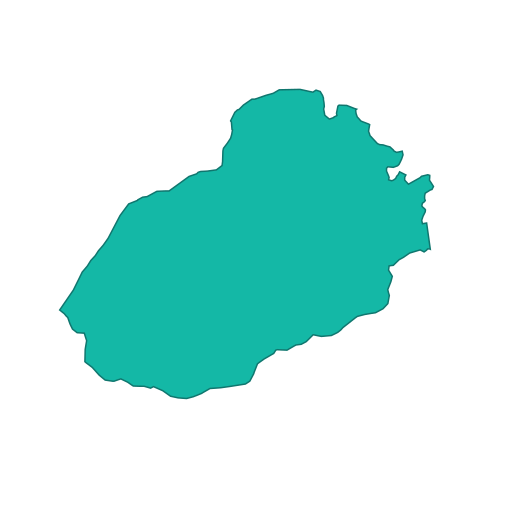 Awlad Saqr, Ash Sharqiyah, Egypt, rotated 205°
{"feature_id": "37247803B9128423140503", "entity_name": "Awlad Saqr", "entity_type": "district", "adm_level": 2, "iso_a3": "EGY", "parent_name": "Egypt", "parent_adm1": "Ash Sharqiyah", "projection": "albers", "projection_center": [31.765, 30.969], "detail": "fine", "context": "isolated", "style": "filled", "palette": "teal", "viewbox_px": 512, "rotation_deg": 205, "n_neighbors": 0, "source": "geoboundaries", "source_scale": "gbopen_adm2", "svg_char_len": 3550}
<svg xmlns="http://www.w3.org/2000/svg" viewBox="0 0 512 512"><g transform="rotate(205 256 256)"><path d="M366.4,87.9L364.7,87.4L363.7,87.2L358.0,86.0L357.2,85.8L347.9,81.8L345.7,81.2L340.3,79.8L333.2,81.9L331.8,82.5L328.4,85.8L326.5,87.5L318.9,87.4L314.4,86.6L312.3,86.3L311.8,86.5L306.6,88.7L302.7,90.5L302.1,90.7L297.7,91.4L295.7,91.7L293.7,94.3L284.4,94.5L283.5,94.5L274.2,92.8L266.7,94.5L258.7,97.5L253.2,102.1L252.6,102.8L251.2,104.2L247.2,108.5L246.4,109.8L241.6,116.6L241.1,116.8L234.1,120.7L232.0,121.9L229.7,123.4L224.6,126.7L224.0,127.1L211.5,135.5L209.6,138.5L208.7,140.0L208.3,148.4L208.3,148.5L208.5,149.2L209.1,158.9L208.4,160.3L205.3,165.8L205.0,166.3L202.6,169.7L200.1,173.3L198.8,175.1L198.7,175.6L198.3,179.0L197.3,180.0L193.4,181.6L192.9,181.8L188.1,183.8L186.1,186.7L183.6,190.3L182.8,191.4L182.1,192.3L177.7,195.1L174.3,199.6L170.9,208.8L165.8,210.0L162.7,210.8L154.1,215.8L151.4,219.1L150.6,220.1L149.6,221.4L147.9,224.8L147.0,227.8L140.0,241.7L138.8,243.8L138.5,244.2L136.7,245.7L132.7,249.0L126.9,253.0L126.4,253.3L123.7,255.1L118.6,261.9L116.4,268.6L118.5,276.6L120.4,278.7L122.4,281.2L122.9,289.7L123.9,295.2L129.9,299.2L131.2,303.3L129.1,304.7L128.4,305.1L127.6,305.6L126.5,308.5L124.7,313.2L123.7,314.5L121.6,317.4L121.3,318.0L119.7,320.7L118.0,323.6L109.8,330.9L106.3,330.8L105.4,330.7L103.9,333.3L103.5,334.9L101.6,335.8L100.9,335.8L115.3,358.0L116.8,357.0L118.8,355.6L120.9,358.4L121.4,362.3L121.3,367.5L121.9,369.4L123.1,370.1L125.7,370.8L126.9,371.5L127.5,374.1L126.2,376.6L126.1,377.9L127.4,379.2L128.6,381.8L129.2,384.4L125.9,389.5L124.6,390.7L124.6,391.6L124.5,394.0L127.6,396.0L130.8,398.0L132.0,401.2L132.6,402.5L134.2,402.3L134.7,402.2L139.7,398.2L140.4,396.3L148.2,385.5L153.3,387.6L154.5,390.2L154.4,392.8L161.4,393.0L161.5,389.7L162.2,387.8L162.2,385.3L163.6,382.7L164.9,381.5L168.0,381.1L168.6,383.5L169.9,384.8L173.6,388.1L174.5,390.1L174.8,390.7L174.2,392.6L169.0,394.4L167.7,395.7L165.8,397.6L165.1,399.5L165.0,402.7L165.0,405.3L165.5,409.8L167.8,412.8L170.6,410.6L172.5,409.3L173.8,409.4L175.1,409.4L176.3,410.1L180.7,411.5L183.9,410.9L187.8,410.4L191.0,409.2L193.5,409.2L203.6,413.3L204.8,414.7L205.3,415.2L206.7,416.6L207.3,418.6L208.5,423.1L209.7,423.2L216.7,422.7L218.0,422.7L221.2,424.1L223.0,424.8L225.5,427.4L226.8,429.4L227.4,430.7L226.9,431.6L229.1,431.3L237.4,430.8L244.5,427.8L245.1,426.5L243.4,419.4L242.0,417.5L242.9,416.3L243.5,415.6L244.1,414.9L244.1,414.3L247.4,411.1L253.1,412.6L256.8,417.8L257.3,420.4L259.2,423.7L261.0,426.3L261.6,427.6L263.5,429.6L265.7,431.1L267.3,432.2L271.7,431.7L273.7,428.5L275.1,428.2L277.6,427.6L280.8,426.9L286.5,425.6L290.8,423.5L305.2,416.4L309.1,410.8L311.5,408.7L314.7,406.0L323.4,397.6L326.0,396.4L331.2,387.5L333.3,381.7L334.6,380.5L335.2,378.9L335.9,377.3L336.1,367.7L334.9,367.0L331.2,360.5L330.6,360.4L329.4,355.9L328.8,352.0L329.6,346.3L331.0,339.9L330.4,337.3L326.7,328.6L326.2,327.5L325.0,323.6L325.7,322.3L328.3,317.3L336.1,312.3L341.9,309.2L343.8,307.4L344.5,305.4L350.3,299.8L357.0,287.7L362.0,278.7L362.3,278.2L366.1,276.4L368.6,275.1L373.2,272.7L379.8,263.8L383.6,261.4L386.9,256.9L386.9,256.3L393.4,249.4L396.3,235.3L397.5,209.6L399.0,201.2L401.0,194.2L401.8,188.4L403.8,182.1L404.6,175.6L406.7,168.0L406.8,161.5L407.1,149.0L407.1,148.0L411.1,124.1L409.5,123.7L407.1,123.1L406.1,122.9L405.4,122.7L404.3,122.2L402.7,121.4L400.6,120.7L397.6,117.6L395.8,115.8L393.9,114.2L391.4,112.2L385.7,110.9L385.2,111.1L379.0,113.5L376.3,110.5L373.7,107.7L371.8,100.8L371.3,99.1L366.4,87.9Z" fill="#14b8a6" stroke="#0f766e" stroke-width="1.5"/></g></svg>